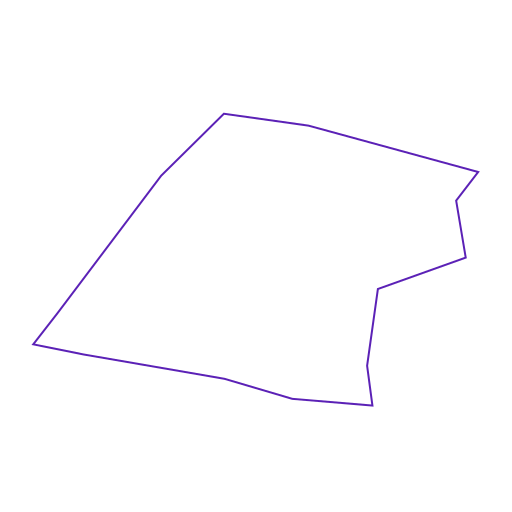 the border of Čair, rotated 278°
{"feature_id": "MKD-2913", "entity_name": "Čair", "entity_type": "Municipality", "adm_level": 1, "iso_a3": "MKD", "parent_name": "North Macedonia", "parent_adm1": "", "projection": "natural_earth1", "projection_center": [21.435, 41.994], "detail": "fine", "context": "isolated", "style": "outline", "palette": "violet", "viewbox_px": 512, "rotation_deg": 278, "n_neighbors": 0, "source": "natural_earth", "source_scale": "10m", "svg_char_len": 342}
<svg xmlns="http://www.w3.org/2000/svg" viewBox="0 0 512 512"><g transform="rotate(278 256 256)"><path d="M137.5,47.7L171.8,67.4L322.3,150.9L392.4,204.4L392.4,289.8L370.1,464.3L338.7,446.5L283.6,463.9L240.3,381.3L162.8,381.3L124.1,392.1L119.6,311.8L130.0,241.9L134.5,98.8L137.5,47.7Z" fill="none" stroke="#5b21b6" stroke-width="2"/></g></svg>